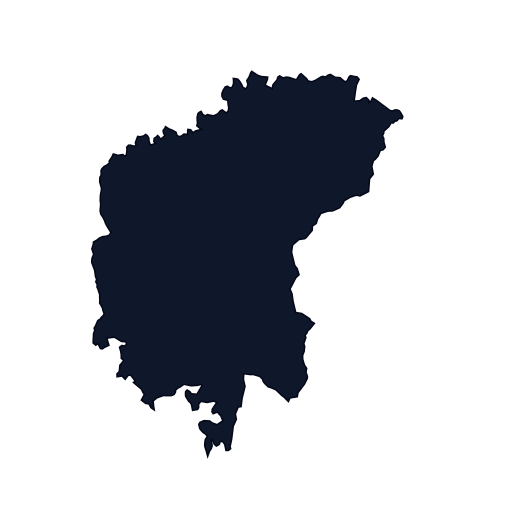 Santo Antônio das Missões, Rio Grande do Sul, Brazil (Natural Earth projection), rotated 163°
{"feature_id": "56859067B65449398596196", "entity_name": "Santo Antônio das Missões", "entity_type": "district", "adm_level": 2, "iso_a3": "BRA", "parent_name": "Brazil", "parent_adm1": "Rio Grande do Sul", "projection": "natural_earth1", "projection_center": [-55.409, -28.458], "detail": "fine", "context": "isolated", "style": "filled", "palette": "ink", "viewbox_px": 512, "rotation_deg": 163, "n_neighbors": 0, "source": "geoboundaries", "source_scale": "gbopen_adm2", "svg_char_len": 5144}
<svg xmlns="http://www.w3.org/2000/svg" viewBox="0 0 512 512"><g transform="rotate(163 256 256)"><path d="M431.9,234.4L432.0,232.0L434.1,229.2L437.2,220.5L435.3,217.5L432.8,218.4L431.8,212.9L430.1,212.1L427.9,212.8L422.7,213.6L422.7,221.0L415.2,219.8L409.7,213.6L405.6,212.0L405.6,209.2L408.4,208.5L410.4,209.7L413.2,208.7L413.3,204.1L413.8,200.8L414.8,197.6L413.0,194.7L418.1,191.4L420.6,185.4L423.4,184.0L424.2,181.1L419.2,180.4L417.2,176.3L413.2,179.2L410.7,178.7L408.1,171.8L410.2,170.9L404.5,162.1L404.1,159.1L403.3,156.2L407.8,151.7L404.7,147.3L401.6,145.8L400.8,141.7L398.3,138.5L398.0,141.1L396.8,147.4L392.2,149.3L385.5,149.6L377.7,147.2L374.8,147.5L372.9,149.2L372.0,151.3L369.3,152.5L367.1,152.8L362.4,154.4L356.1,150.9L349.9,149.4L346.8,149.3L345.1,148.3L352.9,141.1L358.0,143.1L359.0,145.8L361.0,148.0L362.9,147.0L363.8,144.8L364.3,142.3L362.9,136.8L361.6,134.7L361.2,132.7L361.8,126.9L356.8,126.3L355.2,127.7L354.2,131.0L351.2,133.1L345.6,130.2L338.9,129.6L336.4,127.4L340.2,124.3L342.6,122.3L343.7,119.8L343.1,117.7L338.7,118.1L336.4,113.3L335.9,108.1L342.5,106.1L346.6,109.1L348.5,111.8L353.9,113.8L358.3,113.3L359.9,111.8L360.2,109.1L360.1,106.8L359.3,104.9L358.1,102.5L356.3,100.4L355.3,97.7L358.2,95.3L360.0,91.3L360.6,88.9L360.6,83.8L360.8,78.5L357.6,82.8L355.1,84.8L353.4,87.3L352.7,92.0L351.3,93.2L351.0,88.2L349.5,85.8L346.1,86.6L344.8,88.7L342.3,88.7L341.0,85.0L341.6,78.8L339.3,78.1L336.6,79.1L336.5,81.3L333.0,87.6L327.5,99.9L322.5,105.6L321.9,111.0L317.2,116.7L314.3,116.3L310.9,124.0L304.6,134.5L304.1,141.6L302.1,147.0L296.0,144.2L293.3,143.5L287.6,139.7L285.7,136.2L285.8,133.9L285.0,131.6L282.6,127.3L279.7,125.3L276.1,122.2L271.9,114.7L270.6,113.1L267.6,107.3L265.0,110.3L257.7,109.3L255.8,113.0L247.1,119.3L242.7,123.9L242.0,126.0L242.2,130.2L240.4,133.7L241.6,137.8L241.5,143.6L240.4,147.4L237.8,150.7L235.9,155.2L235.9,158.2L232.2,163.3L232.2,165.8L229.8,167.5L228.2,169.5L226.0,170.3L219.8,174.5L222.5,177.6L223.0,180.4L229.1,187.7L234.5,190.3L233.8,201.8L232.6,209.2L233.1,214.6L230.7,216.9L224.3,223.5L220.3,225.5L220.3,231.9L221.7,235.7L220.9,249.1L219.6,252.0L217.8,255.8L210.1,259.2L204.4,258.3L202.5,259.0L194.7,264.1L193.3,268.1L188.9,269.5L186.2,273.5L184.1,275.2L181.6,277.7L174.2,277.9L169.5,276.7L161.8,277.7L157.3,281.0L155.4,283.1L148.7,284.6L143.8,284.8L141.5,284.5L139.0,283.0L129.5,284.7L124.8,296.6L119.9,299.9L119.0,307.8L116.0,312.7L113.5,313.7L110.0,315.9L107.7,318.9L106.2,320.6L103.4,320.4L100.5,322.3L100.4,327.4L99.4,331.1L99.9,334.0L97.9,336.1L97.2,338.0L91.2,340.8L87.8,343.9L85.8,343.0L83.8,344.3L81.8,344.0L79.2,345.7L76.2,344.5L74.8,346.5L75.8,351.1L76.6,353.1L78.6,354.6L80.6,355.1L83.0,354.8L85.3,356.0L95.4,369.8L98.4,373.2L100.8,370.5L103.2,369.5L102.4,371.9L104.2,375.3L107.4,375.6L111.3,374.2L116.9,375.4L112.9,384.1L109.8,390.3L105.7,394.8L106.8,397.6L113.1,400.9L114.9,399.9L117.6,396.9L120.0,396.6L123.5,402.0L128.1,403.8L131.7,407.9L134.3,407.9L137.4,406.8L139.2,408.2L141.4,408.3L147.5,406.7L151.5,406.3L154.9,408.1L155.9,411.1L159.6,417.2L161.4,416.6L165.9,412.7L172.1,417.1L174.5,418.2L178.2,418.5L180.7,421.4L182.8,420.7L184.6,418.1L188.3,415.8L190.1,414.4L191.5,411.3L197.3,416.7L193.5,421.5L192.5,423.7L198.5,426.1L201.5,428.3L206.1,433.9L207.5,432.8L208.7,431.2L210.5,429.0L213.5,426.6L213.6,422.4L215.1,420.3L216.8,418.7L219.3,421.4L219.5,424.1L220.6,428.2L221.8,430.6L223.6,431.5L225.8,432.5L226.4,429.6L227.5,426.7L230.0,424.0L231.9,424.7L233.8,426.8L236.0,426.7L239.0,424.1L241.1,421.4L241.9,418.7L241.3,415.5L237.5,413.1L238.3,409.4L238.8,405.7L240.0,403.0L242.6,401.5L245.6,405.7L247.7,405.3L250.5,403.4L252.8,402.8L255.4,402.5L258.0,403.7L261.1,405.5L263.6,404.9L265.5,407.0L266.2,410.4L268.3,410.0L269.9,409.2L271.9,405.6L272.7,402.4L273.1,400.2L274.6,397.9L272.7,395.0L271.3,393.0L276.0,393.3L277.8,393.2L280.2,392.3L281.6,395.9L284.2,397.0L285.0,394.9L286.0,392.3L289.3,393.7L292.7,392.4L294.8,392.9L296.2,394.2L296.3,397.8L299.7,401.2L302.0,403.0L304.7,406.2L306.0,404.7L308.1,403.3L308.6,400.4L307.8,398.0L310.5,396.6L313.0,395.6L313.8,398.0L314.8,400.0L317.1,398.8L319.0,398.3L320.3,395.3L319.2,393.0L324.5,393.0L324.7,396.9L324.0,400.4L324.7,402.9L326.0,404.6L328.2,403.7L330.0,403.8L332.2,404.0L334.2,405.0L338.3,399.6L338.3,397.0L340.5,396.6L343.4,398.6L345.5,399.3L347.8,397.9L348.5,394.8L350.6,390.3L352.7,390.3L353.7,392.0L358.8,392.7L360.6,394.1L362.7,395.3L365.1,392.6L368.5,389.9L369.2,387.7L372.2,386.6L375.2,386.0L378.0,384.4L379.3,382.9L379.9,380.4L380.7,378.3L382.3,376.9L383.8,372.7L384.0,365.8L385.1,363.3L387.0,359.7L388.1,356.6L388.9,354.0L389.4,351.0L390.4,348.4L391.9,344.8L392.2,341.4L391.2,338.1L390.6,334.9L390.3,330.6L389.4,326.6L387.9,321.0L390.3,318.9L393.3,318.7L397.0,319.4L400.4,319.0L403.8,317.7L407.4,316.9L408.1,314.9L410.9,310.8L410.8,305.1L413.2,302.2L414.3,300.0L415.0,297.6L414.5,289.6L415.1,285.6L415.5,283.4L415.3,280.1L416.8,278.1L416.2,275.2L417.2,272.7L416.8,270.5L416.9,267.3L416.7,265.2L417.6,262.3L418.3,259.3L419.3,256.8L418.1,251.6L418.3,248.6L418.1,245.4L419.3,243.8L421.2,243.0L423.8,241.1L426.1,240.6L427.9,238.5L430.1,235.9L431.9,234.4Z" fill="#0f172a" stroke="#020617" stroke-width="1.5"/></g></svg>